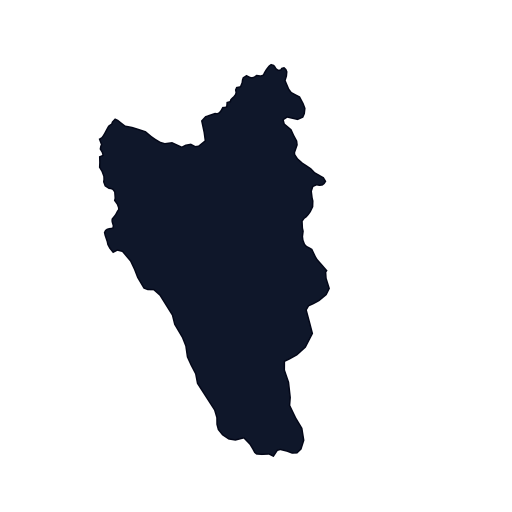 the district of Keningau, Sabah, Malaysia, rotated 329°
{"feature_id": "92858781B15741059593966", "entity_name": "Keningau", "entity_type": "district", "adm_level": 2, "iso_a3": "MYS", "parent_name": "Malaysia", "parent_adm1": "Sabah", "projection": "equal_earth", "projection_center": [116.308, 5.235], "detail": "fine", "context": "isolated", "style": "filled", "palette": "ink", "viewbox_px": 512, "rotation_deg": 329, "n_neighbors": 0, "source": "geoboundaries", "source_scale": "gbopen_adm2", "svg_char_len": 2956}
<svg xmlns="http://www.w3.org/2000/svg" viewBox="0 0 512 512"><g transform="rotate(329 256 256)"><path d="M167.8,436.5L174.1,433.5L177.2,434.3L182.2,439.3L185.5,443.5L189.7,445.8L195.1,444.6L202.0,438.5L206.5,427.3L206.5,415.3L207.8,401.4L212.4,394.9L218.8,381.0L221.5,368.4L226.1,360.9L231.3,361.4L240.0,361.7L251.3,359.5L264.4,351.4L267.3,341.6L271.2,328.0L275.4,325.7L280.4,326.3L287.0,326.6L296.2,325.2L302.0,321.5L304.5,311.2L307.4,305.6L309.0,304.9L306.4,290.3L306.4,287.2L307.2,279.1L306.0,276.9L304.1,273.8L303.5,271.0L304.3,266.6L305.8,263.2L309.1,259.0L310.1,256.0L313.4,249.8L316.6,248.4L319.1,248.2L322.0,247.3L325.3,245.9L329.9,242.9L333.0,238.1L334.0,235.0L336.7,228.9L340.5,225.6L344.6,226.1L346.9,228.1L349.4,229.2L351.7,228.9L354.0,227.8L354.0,223.6L352.1,220.3L349.0,214.7L347.8,209.4L345.7,204.9L343.4,200.2L341.5,194.0L341.3,189.0L342.2,187.1L348.4,181.9L350.0,178.4L350.3,171.9L351.0,165.8L348.1,157.4L349.4,153.1L354.3,152.9L362.0,160.3L367.6,161.0L370.7,158.8L373.9,154.6L374.8,149.6L375.2,142.1L372.7,138.1L370.3,134.0L369.9,129.8L371.2,120.5L374.7,117.4L377.2,114.0L377.6,111.6L377.0,109.2L376.9,109.1L374.7,108.5L372.8,109.4L370.5,108.2L369.5,105.7L369.5,103.0L369.2,101.7L367.5,99.8L365.2,100.0L363.0,100.8L361.0,101.6L357.9,103.2L355.5,104.8L352.7,104.2L349.5,101.6L346.7,101.9L344.2,101.2L342.7,99.8L340.7,96.6L338.5,96.7L336.9,96.7L335.1,98.2L333.5,100.3L329.9,103.0L328.6,102.6L326.2,101.7L324.1,103.2L323.2,105.7L321.7,107.1L319.0,108.2L317.2,108.5L315.0,109.1L313.4,110.5L312.1,110.1L310.3,109.6L308.9,111.6L307.6,113.2L305.7,112.6L304.0,111.7L300.9,113.5L298.3,114.4L296.0,114.2L294.3,112.8L284.6,110.7L279.1,112.3L275.3,123.3L271.9,131.2L263.4,132.4L260.2,131.0L257.6,126.7L252.8,124.9L248.4,124.6L242.3,115.7L235.6,112.8L232.3,109.2L229.6,104.1L227.6,99.6L225.2,92.6L220.2,86.8L216.0,82.1L212.7,79.1L210.6,77.3L208.5,71.9L207.3,68.6L205.7,66.2L201.9,67.3L200.3,68.7L198.7,68.7L196.6,68.9L194.3,70.2L191.6,71.8L189.3,73.2L186.6,74.6L184.8,75.3L182.1,75.3L181.6,78.0L181.0,81.2L179.7,81.9L177.7,84.1L177.7,88.0L176.9,90.9L175.6,90.9L173.1,90.5L170.3,95.5L167.7,99.4L167.7,104.2L166.7,109.4L165.2,112.1L163.7,114.0L162.9,118.2L164.9,122.3L166.5,123.5L167.7,125.1L168.0,128.3L165.1,134.0L163.5,135.6L163.9,140.3L163.2,143.8L162.3,145.5L160.4,146.3L157.1,148.3L154.8,149.2L151.8,150.3L150.7,151.9L150.2,153.3L149.4,156.5L148.0,158.3L146.6,158.1L144.4,157.1L142.2,156.5L140.2,156.7L138.3,157.9L137.4,160.6L136.7,163.8L136.0,167.0L135.0,169.9L134.8,174.0L135.5,179.2L140.2,179.5L144.0,183.3L146.0,195.8L145.1,204.9L143.6,213.5L143.5,225.8L146.0,229.0L151.1,232.2L153.6,240.2L153.9,258.3L154.0,263.6L151.2,272.7L151.1,287.9L149.6,297.0L145.3,307.2L144.3,316.1L143.7,325.9L140.3,335.1L141.3,366.7L139.3,374.4L135.9,380.2L134.4,385.4L135.3,392.0L138.5,398.8L143.6,403.1L152.0,405.6L154.0,414.4L154.0,419.7L153.8,423.7L154.6,426.0L158.9,429.0L165.2,432.4L167.8,436.5Z" fill="#0f172a" stroke="#020617" stroke-width="1.5"/></g></svg>